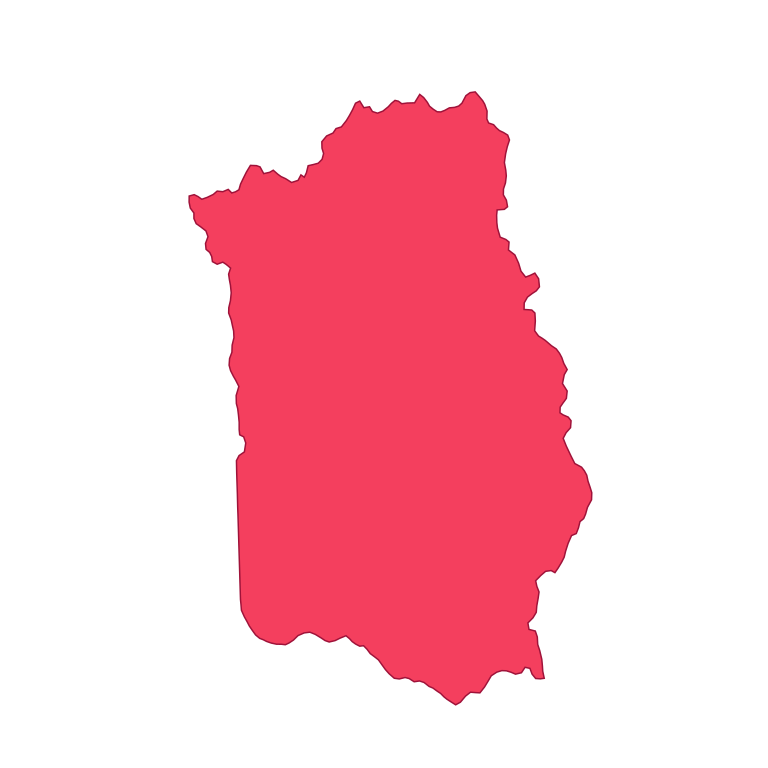 Ibipitanga, Bahia, Brazil (Equal Earth projection), rotated 190°
{"feature_id": "56859067B29020946522479", "entity_name": "Ibipitanga", "entity_type": "district", "adm_level": 2, "iso_a3": "BRA", "parent_name": "Brazil", "parent_adm1": "Bahia", "projection": "equal_earth", "projection_center": [-42.363, -12.868], "detail": "fine", "context": "isolated", "style": "filled", "palette": "rose", "viewbox_px": 768, "rotation_deg": 190, "n_neighbors": 0, "source": "geoboundaries", "source_scale": "gbopen_adm2", "svg_char_len": 3894}
<svg xmlns="http://www.w3.org/2000/svg" viewBox="0 0 768 768"><g transform="rotate(190 384 384)"><path d="M196.8,383.4L202.3,384.7L205.7,386.2L206.5,391.8L204.6,396.0L201.9,401.5L202.4,408.9L208.3,415.4L208.1,424.5L206.1,430.0L210.5,435.5L213.5,440.9L216.5,444.7L220.4,448.4L225.8,450.8L232.9,455.0L236.4,456.6L240.2,458.1L244.9,462.6L245.9,472.3L247.7,480.1L251.3,482.5L254.9,482.2L259.0,481.7L260.0,488.3L257.8,494.5L253.9,498.7L250.2,502.2L247.8,506.7L250.0,514.5L254.7,519.4L259.0,516.3L263.1,513.9L268.7,518.9L272.4,526.3L277.5,533.8L284.7,537.6L285.5,545.5L289.1,547.5L295.1,548.8L299.3,557.2L300.9,562.5L302.4,569.8L302.8,575.1L295.8,576.9L293.1,580.0L295.4,586.3L299.3,591.0L300.2,596.8L299.3,603.1L299.7,610.2L301.2,615.7L303.9,623.0L304.2,631.9L303.8,639.0L302.8,646.1L305.4,650.6L309.9,652.4L314.3,653.6L317.6,655.6L321.1,658.4L326.3,659.2L328.7,662.8L329.9,670.7L333.4,677.0L336.1,680.2L340.4,683.8L344.9,687.5L349.8,685.9L353.4,682.2L356.0,674.1L358.7,670.7L362.5,668.7L367.6,667.3L371.7,664.0L375.3,661.8L378.9,661.3L383.1,663.1L387.4,665.5L390.2,668.9L394.7,673.0L399.1,675.4L402.7,666.2L410.0,664.7L415.2,663.1L418.9,665.0L422.4,665.2L425.5,661.6L427.9,657.8L432.4,652.6L437.4,649.6L442.7,650.3L446.4,654.5L451.8,652.6L457.0,658.4L460.8,655.6L462.6,648.6L464.6,642.6L466.8,636.9L470.6,629.8L475.6,627.2L477.8,622.3L483.6,618.3L487.3,611.8L486.0,605.4L483.5,600.5L484.0,594.5L487.1,590.0L491.6,587.9L496.6,585.8L497.1,578.5L498.4,573.8L502.1,575.5L504.0,569.6L510.0,566.4L516.5,569.1L521.4,570.4L524.9,572.1L530.2,575.3L533.4,572.6L539.0,570.3L543.8,576.3L547.5,576.9L553.5,576.1L556.3,568.8L558.4,561.7L560.0,555.9L560.6,550.1L563.6,547.5L567.1,545.7L571.2,548.6L576.1,545.4L581.8,545.0L585.1,541.0L590.5,537.1L595.5,534.3L599.7,536.3L603.8,537.5L608.5,535.3L607.5,529.2L605.3,523.6L600.9,519.4L599.9,513.9L596.8,509.3L591.7,506.9L585.9,503.8L582.9,498.5L584.2,491.4L582.6,485.7L578.5,483.3L575.8,479.6L574.2,474.7L569.1,473.0L563.9,476.0L560.2,474.4L555.2,471.5L556.1,465.2L554.3,459.7L552.4,454.7L550.3,447.3L549.7,439.4L550.1,432.2L549.3,426.9L545.6,420.6L543.1,414.4L541.3,410.1L539.8,403.6L540.3,395.9L539.3,388.9L540.5,382.3L539.8,375.6L537.4,370.5L533.5,365.3L530.8,362.1L526.5,356.4L527.6,347.0L526.0,339.1L523.8,334.3L522.0,328.4L520.0,321.2L518.7,313.9L517.3,308.9L513.0,307.6L509.9,301.9L509.7,292.9L514.3,288.4L516.0,282.9L513.7,271.2L509.3,250.2L506.6,236.8L505.3,230.8L487.9,146.8L486.6,142.2L485.1,136.4L481.1,130.5L477.5,126.1L474.6,122.3L471.2,118.8L466.9,114.6L462.2,111.9L458.5,111.2L455.0,110.1L450.0,109.3L444.7,109.1L439.8,109.9L435.9,110.1L432.6,112.4L428.7,116.1L425.0,121.3L419.4,125.0L413.9,126.7L408.2,125.5L401.8,123.0L397.5,121.1L393.2,120.4L387.6,122.8L383.1,126.1L377.7,129.5L373.7,127.2L370.6,124.8L366.9,123.0L362.4,121.6L358.7,122.7L354.6,119.8L350.7,116.1L346.1,113.8L341.6,111.4L337.1,107.0L333.0,103.0L328.7,99.6L322.8,96.0L317.7,96.2L312.3,98.6L308.1,98.3L302.6,96.0L297.5,97.7L292.7,97.0L287.1,94.0L283.1,93.1L278.2,90.7L274.5,89.1L270.6,86.3L267.1,84.4L262.8,82.6L257.7,80.5L253.5,83.9L249.5,90.8L245.3,95.5L240.0,96.0L235.9,96.5L232.4,103.0L230.1,108.9L227.7,115.3L222.9,119.8L218.2,122.2L213.7,122.8L208.8,122.2L204.1,121.1L198.5,123.5L195.9,129.5L190.9,129.3L187.8,124.0L183.5,120.3L178.8,120.8L175.1,122.0L177.8,128.7L179.0,133.7L180.8,140.3L184.4,148.6L187.4,154.2L189.1,161.5L192.1,167.0L198.6,167.5L200.8,173.7L196.7,179.6L194.4,185.6L195.0,192.0L195.0,200.0L195.2,206.1L198.3,211.2L200.5,216.6L196.4,222.6L192.3,227.6L187.0,229.3L182.9,227.9L180.6,232.9L178.1,239.4L176.5,244.7L176.1,251.0L175.0,259.1L173.0,267.3L168.7,270.1L167.5,276.2L167.1,282.5L164.0,286.1L162.9,290.8L162.2,297.9L159.5,306.0L160.5,313.0L163.1,318.1L166.2,323.7L168.5,329.4L171.6,333.3L175.0,336.4L182.3,338.8L187.6,345.9L193.7,354.5L198.1,361.6L196.2,367.7L192.7,373.4L193.4,380.3L196.8,383.4Z" fill="#f43f5e" stroke="#9f1239" stroke-width="1.5"/></g></svg>